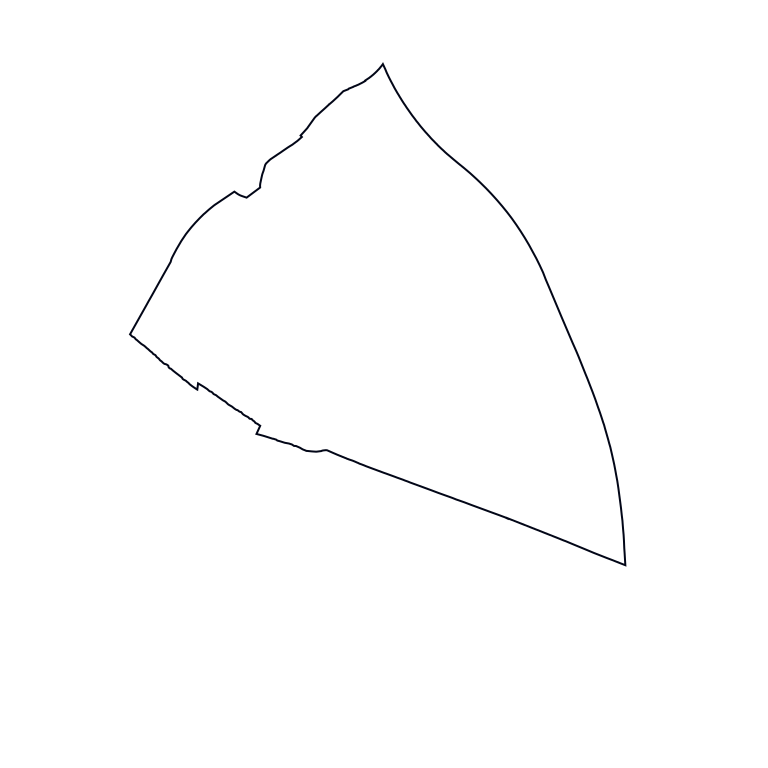 the district of Vlaardingen, Zuid-Holland, Netherlands, rotated 240°
{"feature_id": "6326949B79705923764982", "entity_name": "Vlaardingen", "entity_type": "district", "adm_level": 2, "iso_a3": "NLD", "parent_name": "Netherlands", "parent_adm1": "Zuid-Holland", "projection": "equal_earth", "projection_center": [4.333, 51.923], "detail": "fine", "context": "isolated", "style": "outline", "palette": "ink", "viewbox_px": 768, "rotation_deg": 240, "n_neighbors": 0, "source": "geoboundaries", "source_scale": "gbopen_adm2", "svg_char_len": 6082}
<svg xmlns="http://www.w3.org/2000/svg" viewBox="0 0 768 768"><g transform="rotate(240 384 384)"><path d="M106.4,502.4L111.0,504.7L117.0,507.7L121.7,510.0L128.2,513.4L133.6,516.1L139.0,518.6L143.0,520.5L146.3,522.1L151.7,524.4L157.8,527.1L163.3,529.4L169.6,532.0L176.6,534.9L183.5,537.6L189.2,539.6L194.2,541.4L199.1,543.1L203.5,544.5L208.6,546.1L216.1,548.4L220.2,549.4L223.9,550.4L226.3,551.0L229.9,551.9L235.1,553.2L238.5,554.1L241.2,554.6L245.8,555.6L251.1,556.7L257.2,557.8L264.9,559.3L272.5,560.6L280.3,561.8L286.7,562.8L291.9,563.5L297.4,564.3L303.6,565.2L310.5,566.2L316.0,566.9L321.5,567.5L325.3,567.9L352.7,571.2L385.8,575.4L393.4,576.3L401.0,577.5L408.9,578.2L416.6,578.7L424.5,578.9L431.9,579.1L440.1,579.0L447.9,578.7L455.7,578.2L463.4,577.5L471.2,576.5L478.7,575.3L486.3,573.9L490.6,573.0L495.2,572.0L502.6,570.2L510.6,568.0L515.3,566.6L518.8,565.5L523.5,564.0L531.0,561.3L537.5,558.8L544.3,556.3L550.5,554.1L551.5,553.7L552.5,553.4L553.6,553.0L554.6,552.7L555.7,552.4L556.7,552.1L557.7,551.8L558.8,551.4L559.9,551.1L560.9,550.8L562.0,550.5L563.0,550.2L564.1,549.9L565.2,549.7L566.2,549.4L567.3,549.1L569.4,548.6L571.6,548.0L573.7,547.5L575.9,547.1L578.1,546.6L579.2,546.4L581.3,545.9L583.5,545.5L585.7,545.1L587.9,544.7L589.0,544.5L591.2,544.2L593.4,543.9L595.6,543.5L597.8,543.3L600.1,543.0L602.3,542.7L604.5,542.5L606.7,542.3L609.0,542.1L610.1,542.0L612.3,541.8L614.6,541.7L616.8,541.5L619.0,541.4L621.3,541.3L622.4,541.3L624.7,541.2L626.9,541.2L629.1,541.1L631.4,541.1L633.6,541.1L634.8,541.1L639.6,541.3L643.1,541.4L647.0,541.6L652.2,542.0L655.9,542.5L661.6,543.0L661.3,542.4L661.1,541.8L660.8,541.3L660.6,540.7L660.4,540.1L660.2,539.5L659.9,538.9L659.7,538.3L659.5,537.7L659.3,537.2L659.1,536.6L659.0,536.0L658.8,535.4L658.6,534.8L658.4,534.2L658.3,533.6L658.1,533.0L658.0,532.4L657.8,531.8L657.7,531.2L657.6,530.6L657.4,530.0L657.3,529.4L657.2,528.8L657.1,528.2L657.0,527.6L656.9,527.0L656.8,526.4L656.7,525.8L656.7,525.3L656.6,524.8L656.5,524.3L656.5,523.8L656.2,519.4L655.8,519.3L655.8,519.0L655.8,517.7L655.8,516.1L655.9,514.2L656.0,512.8L656.0,512.0L656.1,511.4L656.1,510.8L656.2,510.3L656.3,509.8L656.3,509.2L656.4,508.7L656.5,508.1L656.6,507.4L656.7,506.8L656.8,506.2L656.7,505.9L657.4,501.1L657.1,500.4L657.9,495.2L656.5,489.8L655.9,487.6L654.4,480.9L653.8,477.6L653.6,476.6L653.7,476.3L653.5,476.0L652.3,470.7L651.2,465.4L649.9,459.6L649.9,459.2L649.3,457.2L644.3,446.2L644.0,445.7L642.5,441.1L640.9,436.0L639.0,436.4L638.4,433.5L638.0,431.6L637.7,429.8L637.6,428.5L637.4,427.0L637.3,425.9L637.1,424.6L637.0,421.1L636.9,418.9L636.4,412.4L636.2,410.3L636.0,406.9L635.4,398.3L635.1,396.6L634.0,392.3L633.9,392.2L633.8,391.9L633.6,391.4L633.4,391.1L633.0,390.5L628.8,386.2L627.9,385.1L626.7,383.7L625.8,382.8L623.4,380.6L619.5,377.1L619.2,376.9L618.3,376.2L617.3,375.6L616.9,375.4L616.1,375.0L614.1,358.2L617.4,355.3L619.1,353.9L620.3,353.1L621.7,352.3L622.6,351.9L625.4,350.6L625.2,347.7L624.9,343.6L623.8,328.0L623.8,327.5L623.7,327.1L623.7,326.5L623.6,325.9L623.5,325.2L623.4,324.6L623.3,324.0L623.2,323.4L623.1,322.7L623.0,322.1L622.5,319.2L621.5,314.5L621.2,312.7L619.8,307.4L618.4,302.7L618.1,301.6L616.1,295.7L615.2,293.3L614.9,292.6L614.3,291.0L612.8,287.3L612.4,286.5L612.1,285.9L610.0,281.6L609.6,280.8L608.9,279.4L608.4,278.6L607.9,277.7L607.0,276.1L604.5,271.7L603.8,270.6L602.0,267.7L599.7,264.1L598.4,262.3L596.4,260.3L588.2,246.4L581.8,235.7L578.5,230.2L576.0,226.0L573.2,221.2L571.5,218.4L554.0,188.9L553.0,189.2L551.2,189.6L549.0,191.1L546.8,191.4L545.8,191.9L542.8,192.9L540.0,193.9L536.9,195.5L535.1,196.1L533.7,196.5L532.3,197.1L529.6,197.9L528.3,198.4L527.5,198.8L527.0,199.0L526.6,199.0L526.0,199.0L525.0,199.4L523.4,200.4L523.1,200.5L521.1,200.6L519.0,201.5L518.3,201.7L516.6,201.9L516.1,202.1L514.8,202.7L512.9,203.2L511.8,203.6L511.0,204.1L510.3,204.9L509.5,205.5L508.6,206.0L507.8,206.3L507.4,206.3L507.0,206.1L506.4,205.9L505.5,206.0L504.8,206.2L503.7,207.1L501.0,208.0L498.2,209.1L490.5,212.3L490.3,212.2L489.1,212.2L488.1,212.6L486.4,213.7L485.5,214.2L484.9,214.3L482.7,215.2L480.9,215.6L478.0,216.8L476.5,217.5L472.8,219.3L472.5,219.5L477.5,223.3L471.7,226.5L467.9,228.4L465.6,229.1L464.6,229.6L463.9,230.3L463.3,230.7L462.3,231.1L461.1,231.3L460.5,231.4L458.2,233.0L456.0,233.8L450.3,236.4L448.2,237.7L447.0,238.1L444.4,238.8L443.4,239.3L441.4,240.5L440.3,241.1L437.2,242.3L435.3,243.3L434.7,244.0L434.4,244.2L433.8,244.4L432.8,244.8L431.9,245.4L431.5,245.8L431.0,246.3L430.7,246.3L428.5,246.7L427.7,247.0L425.7,248.1L423.7,249.5L423.0,249.8L422.5,250.0L421.6,250.1L421.2,250.3L420.8,250.6L420.2,251.5L419.8,251.9L418.3,252.1L417.1,252.7L415.9,253.1L415.2,253.1L414.6,253.2L413.7,253.8L412.7,254.5L411.4,255.1L409.7,255.9L404.5,248.6L401.3,251.8L399.6,253.5L398.0,255.0L392.2,260.3L391.9,260.8L389.6,262.9L388.4,263.3L386.2,265.5L384.0,267.5L382.7,268.7L379.9,272.0L379.2,272.6L377.7,274.0L375.4,275.1L374.3,276.8L370.9,279.3L368.2,280.8L367.8,281.1L367.4,281.4L365.4,283.0L365.0,283.2L364.8,283.5L364.7,283.6L364.6,283.8L362.0,287.4L361.1,288.7L360.3,289.9L359.5,291.1L359.1,291.8L357.3,296.1L357.3,296.5L357.2,296.7L357.2,297.0L357.0,297.8L356.6,298.7L356.3,299.4L356.0,300.1L355.7,300.6L355.4,301.1L355.2,301.4L354.9,301.7L349.3,305.8L347.7,307.0L346.6,307.8L343.5,310.2L342.9,310.7L341.4,311.8L341.0,312.2L339.9,313.0L339.4,313.4L338.8,313.9L338.4,314.2L337.9,314.5L336.4,315.8L336.2,315.9L335.1,316.9L333.2,318.6L332.9,318.8L331.5,319.9L329.3,321.5L328.7,322.0L327.3,322.9L327.0,323.2L326.8,323.3L325.8,324.2L323.2,326.3L322.1,327.1L316.4,331.8L307.0,339.6L305.4,341.0L298.6,346.7L296.4,348.5L291.7,352.5L289.9,353.9L287.8,355.7L285.6,357.4L282.5,360.0L268.5,371.7L262.4,376.7L259.1,379.5L256.5,381.7L253.7,384.1L251.2,386.2L249.3,387.7L248.0,388.7L246.5,390.0L246.3,390.2L241.4,394.4L234.8,399.8L229.9,403.9L223.3,409.4L219.1,412.9L212.9,418.1L209.5,420.9L208.2,422.0L205.9,423.6L206.2,423.7L171.2,451.5L163.0,458.0L158.5,461.5L157.1,462.7L151.7,466.8L147.0,470.4L142.6,473.8L137.5,477.7L132.9,481.2L126.5,486.3L122.1,489.8L117.7,493.4L110.9,498.8L106.4,502.4Z" fill="none" stroke="#020617" stroke-width="2"/></g></svg>